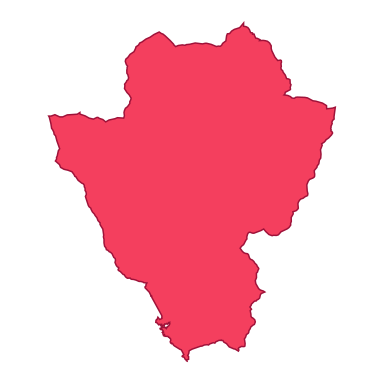 the district of Valea Doftanei, Prahova, Romania
{"feature_id": "2599482B14208622579694", "entity_name": "Valea Doftanei", "entity_type": "district", "adm_level": 2, "iso_a3": "ROU", "parent_name": "Romania", "parent_adm1": "Prahova", "projection": "natural_earth1", "projection_center": [25.733, 45.364], "detail": "fine", "context": "isolated", "style": "filled", "palette": "rose", "viewbox_px": 384, "rotation_deg": 0, "n_neighbors": 0, "source": "geoboundaries", "source_scale": "gbopen_adm2", "svg_char_len": 5955}
<svg xmlns="http://www.w3.org/2000/svg" viewBox="0 0 384 384"><path d="M187.0,361.0L186.7,359.9L188.6,359.3L188.6,356.5L187.7,355.6L188.7,353.6L189.2,350.7L192.2,349.1L200.6,346.2L202.0,346.1L204.3,345.0L207.1,344.7L208.6,345.0L209.6,344.0L213.2,342.7L214.9,343.1L215.7,341.9L219.1,340.3L220.2,340.5L221.1,340.0L221.6,340.5L222.9,340.5L223.8,342.1L226.5,343.6L229.2,346.9L233.9,348.9L235.1,349.1L238.4,351.1L238.9,350.1L238.3,348.5L239.0,347.7L241.3,346.5L244.1,346.6L244.9,346.1L245.1,343.5L244.4,338.9L245.5,337.4L246.4,334.6L248.3,333.2L248.7,332.4L249.0,330.5L250.1,328.9L250.8,327.0L253.2,325.0L254.4,324.4L255.3,321.9L254.7,319.7L252.6,317.8L251.9,317.6L251.0,316.4L250.9,314.2L250.2,310.6L251.5,309.2L249.9,307.0L251.1,305.5L251.4,304.2L254.4,301.2L256.3,300.9L257.2,299.7L258.2,299.4L259.6,298.1L260.4,294.7L261.3,293.5L264.8,292.0L263.5,291.1L260.3,290.0L258.6,288.6L255.8,283.6L255.3,280.5L256.5,277.7L256.4,273.2L257.6,271.9L257.8,270.7L258.8,268.8L258.4,267.8L257.4,266.6L256.6,264.8L254.8,263.1L253.9,261.5L252.3,260.0L250.4,259.2L249.5,257.9L248.4,254.5L247.4,253.7L245.4,253.4L243.8,252.7L242.3,251.3L240.1,248.2L241.6,246.2L243.6,244.6L246.0,240.0L246.9,239.0L246.8,236.9L247.5,234.4L248.0,233.3L249.1,232.3L250.2,232.3L252.3,233.1L253.9,233.2L260.8,230.6L263.7,229.0L265.8,231.6L268.9,234.5L272.1,235.7L273.4,235.3L276.6,235.4L278.4,234.8L281.0,231.8L287.3,228.8L289.0,227.5L290.7,225.1L290.6,223.3L291.3,221.5L291.2,217.5L293.1,214.1L293.2,213.5L292.9,211.8L296.1,210.7L297.6,209.4L298.3,208.2L297.9,203.7L298.5,201.9L299.7,200.0L301.0,198.9L303.0,198.3L305.1,196.7L307.5,195.6L307.9,193.8L307.2,190.9L306.8,184.8L308.3,181.1L309.6,179.4L312.8,178.1L314.1,177.2L314.6,176.3L314.7,174.0L314.4,172.6L314.3,170.5L316.9,167.4L317.2,165.9L318.8,163.8L319.4,160.0L320.7,158.2L321.0,154.2L320.5,149.7L322.2,145.2L321.6,143.8L324.0,142.3L325.6,140.6L325.8,139.9L328.6,138.0L331.6,134.8L332.6,133.0L331.8,131.4L330.9,130.9L331.1,129.4L330.7,128.4L331.1,127.2L331.0,126.3L332.2,123.6L331.9,122.3L332.1,121.5L332.9,120.1L334.1,119.1L334.0,116.8L335.3,107.2L332.7,108.1L326.7,108.8L326.5,105.6L322.5,103.1L315.9,101.2L312.9,100.8L307.5,97.9L304.9,97.4L297.5,97.1L295.7,97.3L294.4,98.3L293.1,98.2L292.0,98.0L290.4,96.6L287.9,95.5L284.2,94.9L284.8,94.4L285.3,92.3L290.2,89.7L290.5,89.2L290.2,87.4L291.0,84.7L290.2,83.5L290.0,79.8L288.7,79.0L286.6,78.6L285.3,75.1L283.2,72.3L282.6,70.6L281.2,69.4L280.9,67.5L281.3,66.6L281.0,63.5L281.5,62.1L281.3,60.6L280.6,60.1L277.7,60.5L274.9,57.1L271.8,50.7L271.2,48.4L271.2,45.8L269.6,43.0L267.5,41.3L265.3,40.7L263.2,40.4L259.5,40.6L260.0,39.7L257.4,38.4L255.7,38.1L254.5,35.5L254.2,34.2L252.6,34.2L252.8,33.4L252.4,32.9L250.6,32.6L249.4,29.6L247.9,27.6L245.9,26.6L243.6,26.3L243.6,23.0L240.1,27.2L239.3,27.8L234.3,29.4L231.6,31.1L229.6,33.6L227.4,33.8L226.6,35.7L225.9,40.9L222.6,43.4L221.8,45.0L220.4,46.3L218.5,46.1L216.3,46.5L211.3,44.4L206.7,43.3L205.1,43.3L202.5,43.9L195.2,43.0L189.6,44.3L186.3,44.6L185.1,45.3L182.3,44.9L178.2,45.5L175.7,46.6L174.1,45.2L173.5,44.1L170.1,40.5L165.1,35.8L163.0,34.1L161.3,33.5L159.2,32.0L154.0,34.5L150.1,37.2L145.9,39.1L142.1,41.9L139.7,43.0L138.5,45.1L136.0,46.8L135.6,48.3L134.0,51.7L130.1,54.3L127.7,57.6L126.1,58.8L125.6,59.8L125.3,61.4L125.6,62.4L126.4,64.7L127.6,66.1L127.1,67.5L127.1,69.1L126.8,69.9L126.9,73.3L127.8,74.6L128.6,77.7L128.1,79.7L126.8,80.7L126.2,82.1L124.6,84.2L124.9,85.7L124.5,88.6L127.0,92.5L129.1,94.7L131.1,98.1L130.8,99.7L129.8,101.7L129.8,103.5L127.5,106.7L125.4,108.3L124.4,110.7L124.0,112.5L124.4,115.9L123.7,118.1L117.4,117.7L115.0,118.7L109.0,120.0L105.7,121.9L102.8,119.5L99.4,118.4L97.9,117.4L97.0,117.4L93.4,119.1L89.1,118.1L85.2,115.9L80.2,114.2L79.9,113.8L79.9,112.5L77.3,114.2L67.2,114.9L62.7,116.9L59.7,116.9L54.9,114.7L51.0,116.1L48.7,116.1L49.3,117.2L50.9,123.6L51.6,128.4L52.5,129.5L53.8,132.1L54.1,134.2L55.6,135.9L56.9,140.9L59.7,148.8L58.4,150.6L57.2,156.1L56.5,157.5L56.6,159.1L55.4,161.0L59.5,164.6L60.6,167.4L64.0,169.3L67.9,170.2L71.9,171.7L74.0,174.5L74.9,176.4L75.8,176.7L78.1,180.3L81.7,183.1L83.4,183.9L84.3,185.4L84.3,186.9L84.8,187.5L85.1,188.7L85.1,190.6L85.9,191.7L86.3,193.6L86.3,194.5L85.4,196.4L88.3,205.4L89.1,206.8L90.8,208.2L91.1,209.4L92.4,211.9L94.5,214.2L95.1,215.5L96.9,217.7L98.0,220.6L100.1,222.9L100.0,224.2L100.6,225.5L102.8,229.0L103.7,235.2L103.4,236.9L104.0,239.2L104.0,242.9L104.6,246.2L105.9,247.9L106.4,249.7L107.9,250.3L109.3,251.8L110.4,252.2L112.0,253.6L113.8,257.4L115.2,258.5L115.5,260.3L115.0,262.5L116.3,265.5L117.4,266.9L118.6,267.5L118.6,268.6L118.1,269.4L118.4,270.4L120.4,271.6L123.2,274.5L124.2,274.7L125.5,276.8L127.3,278.2L130.2,278.1L130.6,278.8L131.7,279.3L133.3,279.4L135.7,280.0L139.0,281.4L140.9,281.5L142.9,282.0L143.6,282.6L146.9,283.0L146.0,284.6L145.9,286.1L145.0,286.9L145.1,287.8L149.3,292.2L150.7,295.1L150.8,296.1L151.2,296.4L151.6,296.1L151.9,297.5L161.7,315.4L162.0,317.1L161.7,317.9L161.9,318.5L159.7,319.5L157.9,317.2L157.0,319.6L156.4,319.7L156.0,320.4L155.8,322.4L156.8,322.7L158.8,324.9L159.9,324.3L160.6,325.3L161.2,324.4L161.6,324.3L161.8,325.6L162.4,325.4L162.9,325.6L163.7,325.1L164.1,325.7L164.6,324.7L164.5,324.3L164.8,323.9L166.1,324.1L166.9,323.4L167.5,324.1L168.7,322.8L168.7,322.5L169.7,322.3L169.4,323.6L169.8,323.6L169.8,323.9L169.0,325.5L167.4,326.8L167.4,327.2L166.8,327.8L166.5,327.3L166.0,327.5L166.0,328.3L164.9,327.3L164.8,327.6L164.1,327.6L162.2,326.6L161.8,327.1L161.3,326.9L160.8,327.0L162.1,327.4L161.8,328.2L160.1,328.4L160.0,328.8L161.1,329.7L162.0,329.5L163.1,330.8L163.2,331.1L162.4,332.3L163.1,332.4L162.7,332.7L163.0,332.9L162.9,333.8L163.5,335.5L164.5,334.6L164.9,336.3L167.9,336.4L168.6,337.3L169.5,337.5L169.7,338.1L170.5,338.7L170.8,340.2L170.2,341.7L170.5,342.7L171.5,343.0L171.2,343.4L171.8,343.8L172.5,343.7L173.0,344.1L173.5,345.1L174.4,345.9L179.9,349.3L181.3,349.8L183.8,354.6L182.1,356.2L182.5,356.8L184.1,357.2L185.2,359.3L186.2,360.1L186.5,360.8L187.0,361.0Z" fill="#f43f5e" stroke="#9f1239" stroke-width="1.5"/></svg>